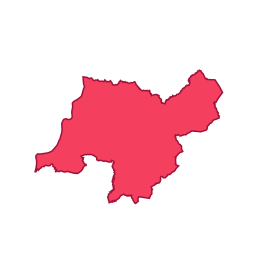 the district of Plato, Magdalena, Colombia, rotated 37°
{"feature_id": "7082276B24438345554060", "entity_name": "Plato", "entity_type": "district", "adm_level": 2, "iso_a3": "COL", "parent_name": "Colombia", "parent_adm1": "Magdalena", "projection": "robinson", "projection_center": [-74.591, 9.77], "detail": "fine", "context": "isolated", "style": "filled", "palette": "rose", "viewbox_px": 256, "rotation_deg": 37, "n_neighbors": 0, "source": "geoboundaries", "source_scale": "gbopen_adm2", "svg_char_len": 5853}
<svg xmlns="http://www.w3.org/2000/svg" viewBox="0 0 256 256"><g transform="rotate(37 128 128)"><path d="M80.1,218.8L80.8,218.4L80.7,217.0L80.2,215.3L81.9,215.6L81.9,214.0L82.2,212.9L82.6,212.5L82.4,211.6L82.9,210.3L84.3,209.2L84.4,207.8L84.9,207.2L87.0,206.3L88.3,205.0L88.4,203.2L88.9,202.5L90.0,202.5L91.2,203.9L93.8,203.5L94.0,204.9L95.7,204.3L96.2,206.4L96.5,206.5L97.8,204.8L99.2,204.4L100.2,202.5L103.5,201.6L104.9,200.3L106.0,198.8L107.1,198.6L112.7,196.3L115.3,194.4L116.5,190.3L116.5,187.8L116.0,186.5L116.1,184.3L117.1,183.1L116.5,182.5L115.9,183.3L115.6,182.6L114.0,182.7L112.9,181.9L111.9,181.9L111.3,181.3L111.4,180.6L110.9,179.7L110.5,179.4L110.3,179.9L110.1,179.8L110.3,178.6L109.8,178.7L109.5,179.3L108.0,179.1L107.4,178.5L108.8,176.8L109.7,174.9L110.8,174.5L111.8,173.1L112.9,172.8L114.2,171.4L116.4,170.7L120.2,170.3L121.2,170.9L122.1,172.1L123.9,172.0L126.0,170.0L126.8,169.8L126.7,169.3L126.9,169.7L129.0,169.0L129.8,167.9L133.0,166.8L134.6,165.6L135.0,165.3L134.3,163.8L136.8,163.2L137.3,164.6L137.6,164.5L137.4,164.9L137.8,164.9L137.8,165.5L138.0,165.6L138.3,168.0L139.0,168.3L139.6,169.0L140.5,169.0L140.9,169.5L141.4,169.6L142.1,170.3L142.7,170.0L142.7,170.4L143.2,170.6L143.7,172.0L144.3,171.9L145.3,172.5L145.1,173.9L145.5,175.4L145.8,175.3L145.9,176.1L146.8,175.9L146.7,176.5L147.1,176.3L147.4,176.8L147.2,177.0L147.5,177.2L147.1,177.7L147.4,177.8L147.0,178.0L147.4,178.2L147.0,178.4L147.3,180.0L148.5,180.0L148.3,180.6L149.1,180.7L149.6,182.1L150.4,182.2L150.3,182.8L151.2,182.9L151.4,183.5L151.9,183.2L152.1,184.4L152.5,184.4L152.9,185.1L153.3,184.9L153.4,185.4L153.9,185.5L153.7,186.3L153.1,186.6L153.2,187.5L152.7,187.5L152.6,188.0L153.0,188.2L152.7,188.8L153.0,188.6L152.7,189.3L152.9,189.5L152.5,189.5L152.7,190.4L152.3,192.6L152.8,193.1L153.3,194.3L153.2,195.2L157.9,198.9L158.0,198.2L158.5,198.1L159.1,196.2L159.6,196.9L160.1,196.7L160.3,196.1L160.1,195.7L160.4,195.7L160.4,194.6L160.7,194.1L161.1,194.3L161.2,194.0L161.4,194.2L161.4,193.9L162.2,193.8L162.0,193.4L162.1,192.5L163.1,189.7L162.9,186.6L164.4,183.4L166.0,183.5L166.5,183.1L167.4,183.1L167.6,182.7L168.8,182.5L169.1,182.1L168.9,181.6L169.4,181.2L170.0,181.3L170.7,180.6L170.9,179.7L171.4,179.6L171.7,180.5L173.4,181.7L174.9,182.0L175.4,182.6L177.0,183.1L178.0,183.8L179.5,183.7L180.2,180.2L179.1,179.4L178.3,178.1L178.0,176.7L178.3,176.2L187.4,171.3L186.5,167.8L186.7,166.6L186.5,166.0L184.0,162.9L184.5,162.5L181.9,161.0L183.8,156.8L183.4,156.8L183.7,155.1L184.3,155.1L184.6,154.2L185.0,154.2L186.0,152.9L186.1,152.3L185.1,149.4L183.8,148.2L183.6,147.1L184.1,146.3L186.4,146.4L187.6,145.4L188.1,143.0L187.9,141.3L188.6,140.9L189.5,139.6L190.1,135.8L190.7,135.4L191.1,133.7L190.8,131.5L191.2,127.8L188.4,128.6L187.8,127.8L187.1,127.7L187.2,127.2L185.0,124.7L183.9,122.5L183.2,122.7L183.8,120.2L183.7,118.4L184.5,115.7L185.5,114.7L185.8,113.7L183.3,112.5L181.6,110.2L179.6,109.8L178.1,110.2L175.3,108.6L173.7,108.6L171.8,106.8L170.7,106.6L170.0,105.0L171.5,104.7L171.7,103.6L172.2,103.0L174.1,103.2L174.9,102.6L176.7,99.8L178.4,98.4L178.7,96.6L179.6,95.0L180.8,91.8L182.3,91.1L184.6,89.5L188.3,87.3L191.7,82.6L191.8,81.4L190.5,79.0L190.4,77.8L190.8,76.7L190.5,75.5L191.4,74.0L191.6,69.9L193.0,68.1L194.7,65.1L193.8,64.1L193.7,63.5L192.6,63.6L191.6,63.0L191.4,62.0L191.0,61.6L190.1,61.7L189.7,61.1L188.1,60.6L187.6,59.9L186.1,59.0L185.6,59.3L184.7,58.7L184.4,58.0L183.7,57.8L183.1,56.4L182.5,56.5L182.2,56.9L181.6,56.6L181.4,55.3L182.8,54.6L182.6,53.7L182.2,49.4L182.1,42.7L175.8,39.8L168.5,37.2L162.4,41.4L161.9,41.6L161.9,41.3L161.0,41.1L160.0,42.0L155.3,39.5L153.7,39.4L151.6,38.5L151.4,38.8L150.3,38.9L150.3,39.5L149.7,39.9L149.4,40.9L149.9,41.8L149.5,42.6L149.6,43.0L148.8,43.6L149.1,45.2L147.9,46.8L147.5,46.9L147.6,47.4L147.2,48.0L147.5,48.2L147.1,49.3L147.5,50.2L147.4,50.9L147.1,51.1L147.4,51.7L147.1,52.3L147.3,53.0L147.7,53.2L147.8,54.0L148.5,54.1L148.8,53.5L149.2,54.6L150.0,54.3L150.5,55.2L150.8,56.6L150.6,57.0L151.0,57.4L150.6,57.9L149.3,58.3L148.9,59.3L149.1,61.4L148.7,61.8L148.8,62.5L148.3,62.7L148.0,64.0L148.1,65.0L148.5,65.6L147.9,66.7L148.4,67.4L147.9,70.7L146.8,71.8L146.9,72.9L146.2,74.2L145.4,74.6L145.1,75.3L144.4,75.3L144.8,75.7L144.4,76.4L144.4,77.0L143.4,77.2L143.1,77.7L143.0,78.6L143.4,78.7L143.1,79.5L143.3,80.0L143.0,80.1L142.8,80.6L143.0,81.1L142.7,81.1L142.6,81.9L142.0,82.2L142.3,82.4L141.8,83.1L142.3,83.9L142.0,84.3L142.2,84.6L142.3,84.5L142.7,85.0L142.6,86.1L142.9,86.4L142.6,86.7L141.5,86.7L140.1,87.8L139.8,87.3L139.5,87.5L138.9,86.9L138.2,86.9L138.0,85.7L137.5,85.2L136.9,85.0L135.9,85.3L135.0,84.8L134.6,84.9L133.5,84.2L133.5,83.6L132.8,83.6L132.2,83.9L131.7,83.7L130.2,84.3L127.7,87.2L127.3,88.0L125.9,86.8L125.5,87.2L124.9,87.1L124.6,86.5L123.7,86.2L123.4,85.6L123.2,85.9L122.4,85.3L122.2,86.0L120.9,86.4L120.9,86.8L119.7,87.3L119.1,88.1L117.7,88.5L117.4,89.4L116.0,89.9L114.0,89.6L113.6,89.9L113.3,89.5L112.9,89.8L111.9,89.0L110.9,89.3L109.8,88.6L108.4,88.7L107.6,87.9L105.7,87.0L105.3,87.3L104.5,89.1L103.4,89.7L102.1,91.6L100.7,92.1L100.1,91.9L99.0,93.0L97.8,92.7L97.6,93.4L97.0,93.7L97.0,94.0L96.5,94.5L96.2,94.2L95.7,94.4L95.5,94.2L94.2,95.0L93.5,94.6L93.2,96.7L93.7,97.6L93.2,100.2L92.0,100.9L91.3,101.9L89.8,102.7L88.2,101.7L85.5,100.8L84.8,102.7L83.5,103.4L83.2,104.0L80.6,103.5L80.9,105.1L80.5,105.7L79.7,105.8L76.9,108.0L74.7,107.7L74.6,108.5L73.3,109.1L72.8,110.1L71.8,110.8L69.0,110.0L68.2,110.5L67.6,111.8L65.0,112.2L61.3,114.2L65.9,119.4L68.5,121.3L68.8,123.1L70.9,128.4L71.7,131.0L70.4,135.5L68.7,139.6L68.6,141.6L71.1,144.4L73.4,149.0L76.7,152.6L77.0,153.4L77.1,154.7L76.4,156.0L75.5,157.0L72.7,158.1L71.6,159.7L71.5,160.8L72.2,163.6L72.7,164.7L76.1,168.7L77.6,171.0L80.3,177.8L80.5,179.6L81.6,183.6L81.7,185.3L81.3,191.3L81.0,192.6L79.1,196.0L73.4,201.8L71.6,202.9L71.1,205.0L71.7,206.5L74.4,208.9L76.5,211.4L78.8,215.6L80.1,218.8Z" fill="#f43f5e" stroke="#9f1239" stroke-width="1.5"/></g></svg>